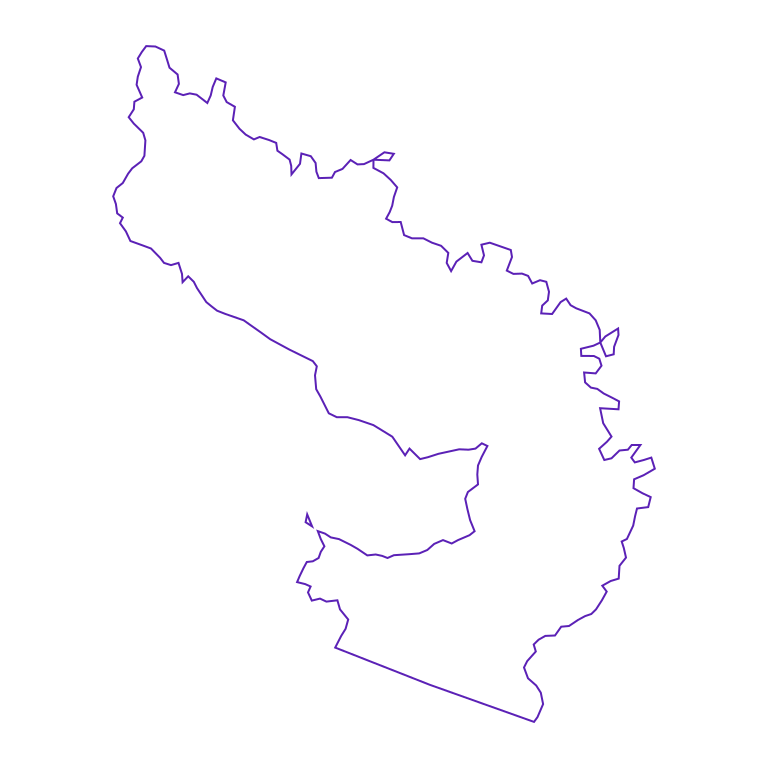 the district of Rosário do Ivaí, Paraná, Brazil
{"feature_id": "56859067B13040276916511", "entity_name": "Rosário do Ivaí", "entity_type": "district", "adm_level": 2, "iso_a3": "BRA", "parent_name": "Brazil", "parent_adm1": "Paraná", "projection": "mercator", "projection_center": [-51.205, -24.314], "detail": "fine", "context": "isolated", "style": "outline", "palette": "violet", "viewbox_px": 768, "rotation_deg": 0, "n_neighbors": 0, "source": "geoboundaries", "source_scale": "gbopen_adm2", "svg_char_len": 3648}
<svg xmlns="http://www.w3.org/2000/svg" viewBox="0 0 768 768"><path d="M534.0,721.9L537.5,717.1L543.1,704.1L540.8,692.7L536.2,685.5L528.0,678.3L524.0,667.5L527.2,661.1L535.8,651.5L533.7,644.5L538.6,639.7L545.3,635.9L555.0,635.5L561.2,626.7L569.0,626.0L578.1,619.9L585.1,616.1L591.3,614.0L596.0,609.4L601.9,600.3L606.7,591.6L602.3,585.7L610.7,581.0L618.7,578.6L619.5,565.8L626.0,557.6L623.8,548.0L621.7,541.5L626.9,539.0L633.2,525.6L635.1,516.1L637.0,508.5L648.2,507.1L650.7,497.1L642.6,493.3L633.5,488.2L634.1,479.3L643.8,475.1L654.8,468.7L651.3,457.6L643.8,460.0L634.8,462.4L631.3,457.6L640.4,445.0L631.7,445.0L627.9,449.7L619.5,450.5L611.5,458.3L604.3,460.0L599.1,448.8L606.9,441.8L611.5,436.6L603.2,423.2L600.1,408.2L618.5,409.3L619.1,401.4L611.7,397.5L603.7,393.5L597.3,388.9L590.9,387.6L585.1,382.4L584.1,372.5L595.7,373.4L601.5,365.7L599.3,358.7L593.9,356.0L581.3,355.9L580.9,348.8L593.5,345.7L600.3,342.5L599.7,329.9L595.7,320.3L589.5,313.4L576.2,308.3L570.6,305.2L566.2,298.6L560.6,302.1L552.1,314.0L541.2,313.4L542.2,305.6L547.8,300.4L549.0,291.8L546.3,281.8L540.0,280.2L532.2,283.5L528.1,275.9L522.0,273.6L513.4,273.9L506.8,270.6L512.0,257.0L510.8,250.0L489.8,242.7L481.4,244.7L484.0,255.4L481.4,262.3L472.4,260.8L467.6,253.0L456.4,261.6L451.1,271.1L446.7,262.9L448.3,252.9L441.1,245.8L432.0,242.7L423.3,238.3L411.9,238.3L404.1,235.1L400.7,222.0L392.3,222.1L386.1,218.7L389.7,212.1L392.2,205.7L393.9,197.0L397.2,187.4L390.7,179.9L383.5,173.3L373.4,167.9L373.5,159.7L364.0,164.1L357.5,164.4L350.6,160.0L342.5,168.9L335.0,172.0L331.9,177.7L318.8,178.1L316.4,171.7L315.6,163.0L310.8,156.2L301.4,153.5L300.0,163.8L291.5,174.4L291.2,165.8L289.6,159.6L282.4,154.2L277.4,150.7L276.2,142.9L269.0,140.0L259.6,137.0L253.9,139.4L245.7,134.6L239.5,128.8L232.9,120.3L234.9,106.8L226.7,102.1L223.3,95.5L225.7,82.4L216.3,78.4L212.7,87.0L210.7,95.5L207.3,103.0L196.6,94.7L189.8,93.4L183.2,95.1L175.0,92.3L178.9,83.9L177.6,74.5L169.5,67.7L167.2,60.2L164.2,50.6L155.4,46.5L146.2,46.1L141.8,52.0L137.8,58.5L141.0,67.1L137.8,76.7L136.6,84.8L142.2,97.5L134.4,101.7L133.8,109.3L128.7,117.2L133.8,123.6L143.2,132.8L145.4,140.4L144.4,155.8L141.3,161.3L132.2,168.3L128.1,173.7L122.8,183.0L116.5,188.0L113.2,196.3L115.9,204.0L117.2,213.4L122.8,217.6L120.0,223.2L125.9,231.4L130.4,241.0L142.6,245.4L151.0,248.5L160.1,257.8L164.0,262.9L171.0,265.1L178.5,262.9L182.0,273.9L182.6,282.2L188.2,276.3L193.8,281.8L197.0,288.1L206.3,302.1L211.7,306.5L217.1,310.7L225.5,314.0L237.9,318.3L243.7,320.3L249.6,324.5L261.1,332.6L270.2,339.2L289.6,349.7L312.8,361.1L316.8,366.3L315.0,375.3L316.2,389.2L320.3,396.4L328.8,413.3L336.8,417.2L347.4,417.2L358.8,420.1L373.4,425.1L392.3,436.7L405.1,455.3L409.5,448.6L420.1,459.1L427.9,457.2L438.5,453.8L459.2,449.3L468.6,449.7L475.5,448.6L481.8,443.3L487.4,446.0L481.7,456.9L478.0,465.5L477.3,474.5L478.0,484.4L467.9,492.0L465.2,498.8L467.4,509.1L470.1,520.1L474.6,531.2L469.5,535.2L458.0,540.1L451.7,543.5L443.0,540.1L434.2,543.9L427.3,550.0L419.2,553.4L409.1,554.2L393.9,555.2L387.5,558.0L382.2,555.9L375.7,554.5L367.3,555.4L357.5,548.8L350.7,544.9L339.0,539.1L330.8,537.4L325.0,533.6L317.8,531.1L320.8,539.1L324.4,546.3L320.8,551.8L318.6,558.0L312.8,561.3L306.8,562.0L303.4,568.3L299.6,576.2L297.1,582.1L305.2,584.1L310.6,586.5L308.0,592.4L311.8,600.6L320.0,598.6L326.4,601.6L337.4,600.3L340.0,609.4L348.2,619.5L345.6,628.8L341.2,635.9L335.2,647.6L429.8,684.8L534.0,721.9ZM600.3,342.5L606.0,356.3L613.7,354.3L614.1,346.8L618.5,335.0L618.1,328.5L605.3,336.5L600.3,342.5ZM373.5,159.7L389.4,160.4L393.8,153.8L384.4,152.3L373.5,159.7ZM312.1,526.4L307.2,514.4L305.6,522.2L312.1,526.4Z" fill="none" stroke="#5b21b6" stroke-width="2"/></svg>